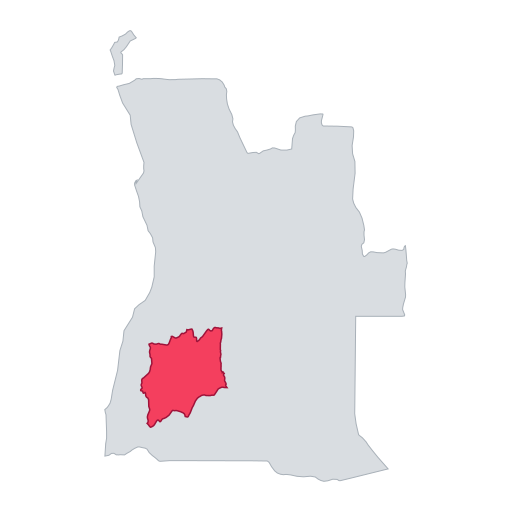 location of Huíla within Angola
{"feature_id": "AGO-1891", "entity_name": "Huíla", "entity_type": "Province", "adm_level": 1, "iso_a3": "AGO", "parent_name": "Angola", "parent_adm1": "", "projection": "equal_earth", "projection_center": [15.141, -14.853], "detail": "fine", "context": "in_parent", "style": "filled", "palette": "rose", "viewbox_px": 512, "rotation_deg": 0, "n_neighbors": 0, "source": "natural_earth", "source_scale": "10m", "svg_char_len": 7343}
<svg xmlns="http://www.w3.org/2000/svg" viewBox="0 0 512 512"><path d="M405.4,245.7L405.9,250.0L406.4,256.1L406.7,260.4L407.1,262.4L407.2,263.4L406.8,264.5L406.4,267.1L405.7,269.4L405.3,271.1L405.5,274.0L404.9,282.7L404.8,287.0L405.6,294.7L405.5,297.1L403.4,304.2L402.7,307.7L402.6,309.6L404.7,314.8L404.5,315.9L402.9,316.2L401.6,316.3L355.7,316.3L354.8,406.1L354.7,413.7L356.1,423.8L358.6,434.7L359.7,435.7L362.4,437.8L366.1,441.9L368.1,445.0L372.3,450.4L377.9,457.3L388.1,468.9L353.4,477.5L340.2,480.7L339.0,480.6L337.1,479.4L332.8,479.2L327.8,480.8L323.9,481.3L320.9,480.5L318.1,479.1L315.3,477.0L310.5,476.2L303.6,476.8L297.0,476.3L290.6,474.9L286.1,474.4L283.3,474.7L280.4,474.2L277.3,473.0L274.7,470.9L271.5,466.6L269.1,462.4L268.4,461.8L267.7,461.2L266.9,461.0L253.2,460.8L170.0,460.6L160.3,461.3L159.6,461.2L158.4,460.7L157.5,459.7L154.8,457.4L152.4,455.6L149.2,452.6L147.1,449.2L145.3,448.2L142.2,447.6L139.8,447.0L137.9,446.9L134.6,448.4L132.0,450.0L130.2,451.5L127.1,453.2L124.5,454.9L119.9,454.7L118.9,454.9L116.3,454.8L113.9,453.3L111.5,453.4L108.8,455.3L104.9,456.1L105.7,443.7L106.6,438.2L106.6,431.7L106.0,414.7L105.3,412.4L104.8,409.6L107.2,407.5L108.4,405.9L110.1,403.1L111.2,399.2L112.6,390.4L117.6,370.3L119.9,350.6L122.9,341.2L124.0,330.7L132.5,317.2L134.6,308.8L139.0,304.7L145.2,300.4L149.7,292.6L151.8,287.2L154.2,276.9L154.2,266.1L155.7,251.8L155.4,247.6L153.0,241.9L152.6,237.8L150.4,233.7L148.1,230.7L147.0,225.3L142.9,216.7L141.8,211.0L139.9,206.8L139.6,201.8L138.5,196.4L136.6,191.1L134.6,185.0L134.6,183.1L135.8,180.8L137.0,180.1L136.6,181.2L135.8,182.6L136.0,183.7L143.5,173.0L144.0,170.9L143.7,168.6L143.7,165.7L144.0,162.4L136.8,142.8L131.1,124.4L130.2,115.2L122.6,103.0L119.7,95.1L118.0,89.5L116.7,87.4L117.2,86.4L119.1,86.1L123.4,84.8L129.3,83.4L134.7,80.2L136.2,78.8L139.1,78.5L142.0,79.3L143.1,78.7L143.7,78.7L150.6,78.7L153.5,78.4L158.8,78.5L162.1,78.8L164.1,79.1L169.2,79.7L175.6,79.6L177.9,79.3L186.4,79.1L202.2,78.7L210.5,78.8L216.8,78.8L219.7,79.9L222.3,82.1L223.5,84.1L224.1,85.0L224.8,87.1L226.3,88.8L226.8,91.4L226.4,94.9L226.6,99.1L227.4,104.0L229.1,109.1L231.8,114.5L232.9,118.8L232.5,121.9L233.4,125.3L235.3,128.8L236.7,130.7L237.6,132.1L239.8,137.5L247.0,152.6L248.0,153.4L249.6,153.1L253.0,152.5L256.3,152.3L258.7,153.7L259.6,153.4L263.2,150.9L266.8,150.1L270.5,149.0L272.4,147.9L274.7,148.0L280.7,150.0L281.9,150.1L286.8,150.1L291.7,149.0L292.4,140.3L292.5,138.6L293.7,135.3L295.2,132.5L295.4,129.8L295.3,126.0L296.4,121.5L299.7,117.9L305.1,116.2L308.1,115.9L312.9,114.9L320.1,113.9L322.8,114.0L323.0,114.5L321.4,120.8L321.4,122.8L322.0,124.9L323.2,126.0L337.6,126.2L351.5,126.9L352.3,127.2L352.9,127.7L353.7,130.8L353.5,136.8L352.1,145.6L352.6,153.8L354.9,161.5L355.1,173.2L353.1,189.0L352.6,199.0L353.7,203.2L355.9,207.6L359.4,212.1L362.0,218.1L363.8,225.3L364.5,229.9L364.0,231.8L364.0,235.1L364.5,239.7L363.8,242.8L361.9,244.3L361.3,246.4L362.2,250.4L362.4,254.0L363.7,256.4L364.6,256.5L366.5,255.2L368.8,252.8L370.7,251.8L373.3,251.9L376.9,252.6L383.4,252.9L385.4,252.4L391.4,249.2L393.0,248.9L395.3,249.2L398.7,250.2L402.1,250.4L403.8,249.4L403.9,248.1L404.5,246.3L405.4,245.7ZM136.2,37.6L135.9,38.2L133.1,39.6L130.2,41.0L126.4,46.7L124.4,49.1L123.9,49.7L122.1,51.1L120.8,52.2L120.9,52.9L121.7,53.6L122.6,54.8L122.5,64.0L122.2,73.1L121.7,73.9L119.2,74.2L116.0,74.8L115.0,75.2L114.6,74.3L113.5,71.0L114.1,67.9L114.8,65.5L114.0,60.7L112.4,56.4L110.6,51.0L110.1,50.0L111.5,48.2L113.7,44.4L114.7,42.4L117.2,42.0L118.2,40.6L118.9,38.4L119.1,37.1L122.0,36.0L125.5,34.1L127.5,32.1L129.4,30.8L130.7,30.7L131.5,31.3L133.7,34.8L135.6,37.1L136.2,37.6Z" fill="#d9dde1" stroke="#a8b0b8" stroke-width="1"/><path d="M221.7,328.0L221.4,329.9L221.4,330.5L221.6,331.2L221.8,334.1L221.8,334.4L221.5,338.1L221.5,338.3L221.2,339.1L221.0,339.8L221.0,340.1L220.8,341.0L220.8,341.6L220.7,341.9L220.7,342.1L220.5,342.6L220.3,343.0L220.3,343.3L220.3,343.5L220.4,344.0L220.3,349.6L220.6,350.4L220.6,350.6L220.6,351.0L220.4,351.6L220.4,351.9L220.5,352.3L220.8,353.7L220.9,354.1L220.9,354.5L220.7,355.3L220.5,357.2L220.5,357.3L220.4,357.4L220.4,357.5L220.2,357.5L220.0,357.9L220.0,358.1L220.4,361.1L220.5,361.6L220.9,362.6L221.1,363.4L221.1,363.9L221.1,364.2L221.0,364.4L221.0,364.7L221.0,365.1L221.1,365.8L221.1,366.4L221.0,366.7L221.0,367.2L221.0,370.0L221.1,370.3L221.3,370.7L221.7,371.4L222.3,371.8L223.0,372.0L222.8,372.5L222.6,372.7L223.4,372.8L223.6,372.9L223.9,373.1L224.1,373.3L224.2,373.5L223.9,373.6L223.6,374.4L223.6,374.6L223.5,374.9L223.5,375.2L224.5,376.8L224.7,377.4L224.8,378.2L224.6,380.1L224.6,380.8L224.8,381.3L225.4,382.2L225.5,382.5L225.7,382.9L225.9,383.2L226.0,383.8L226.1,384.0L226.1,384.3L225.7,384.7L225.6,384.9L225.7,385.4L225.9,386.0L227.0,387.6L224.1,387.5L223.0,387.2L222.2,387.2L221.3,387.4L219.1,388.4L217.9,389.3L217.3,390.4L214.4,394.8L213.8,395.2L212.0,395.2L211.2,395.3L210.2,395.6L206.0,395.5L205.4,395.3L204.6,395.0L204.3,394.9L202.3,395.2L201.6,395.4L199.9,396.5L199.2,396.8L197.4,398.2L195.4,401.0L193.4,405.6L192.3,407.5L190.2,412.9L189.0,414.9L188.3,416.4L187.8,416.9L187.3,417.0L185.2,416.5L184.9,415.1L184.6,414.4L184.3,413.8L183.2,412.9L180.5,411.7L177.2,410.7L176.0,410.5L175.4,410.6L174.3,410.7L173.7,410.5L172.6,410.4L172.2,410.8L171.9,411.1L169.0,415.2L168.5,415.6L166.0,417.5L163.8,418.5L162.6,418.8L162.3,419.1L161.8,419.6L161.0,421.0L160.5,421.5L160.1,421.7L159.7,421.6L159.4,421.3L159.0,420.7L158.5,420.2L157.9,420.0L157.2,420.3L156.5,421.2L154.6,424.4L154.1,425.1L153.4,425.8L152.5,426.4L151.0,427.1L150.4,427.2L149.2,425.9L148.7,425.1L147.1,423.3L147.6,422.9L147.8,422.6L148.2,421.2L148.1,420.2L147.5,418.2L147.4,417.5L147.4,416.7L147.6,415.8L147.8,414.9L149.5,410.9L149.7,410.1L149.7,409.2L148.8,406.4L148.6,399.7L147.8,398.0L147.0,397.5L146.4,397.0L146.0,396.3L145.7,395.6L145.6,393.6L145.4,392.9L145.0,392.4L144.5,392.7L143.9,393.2L143.4,393.2L143.0,392.7L142.9,392.0L142.6,391.2L142.1,391.0L141.0,390.8L140.7,390.4L140.7,389.8L141.0,389.2L141.9,388.5L142.1,388.1L142.1,387.5L141.2,385.4L141.2,384.7L141.3,384.3L141.9,383.0L141.9,382.5L141.7,380.1L142.0,379.2L142.5,378.5L143.0,378.2L143.5,378.0L144.0,377.5L148.5,373.4L149.2,372.4L149.6,371.6L150.1,370.0L150.3,369.3L150.3,368.5L150.6,366.7L151.9,363.7L151.5,358.4L151.0,357.8L150.6,357.5L150.1,356.6L150.0,356.0L150.1,354.9L149.5,352.0L149.8,350.1L150.2,349.2L150.3,348.8L150.4,347.9L150.3,347.1L149.9,346.4L149.5,345.9L149.3,345.3L149.0,344.2L151.6,343.1L152.2,343.1L153.0,343.4L153.5,343.8L154.2,344.0L155.0,344.1L156.2,344.2L158.0,343.6L158.6,343.5L159.0,343.5L160.2,344.1L160.8,344.3L161.7,344.2L167.0,345.1L168.3,344.5L169.1,343.1L170.8,338.6L171.2,338.0L171.3,337.4L171.3,336.5L172.1,336.3L172.4,336.4L173.3,336.9L175.3,338.0L176.3,338.0L178.7,336.9L179.3,336.5L179.9,335.8L180.8,334.4L182.0,333.3L183.1,333.5L183.7,333.6L186.3,332.0L186.9,329.6L188.0,329.9L191.2,329.1L191.9,329.1L192.6,330.4L192.9,331.3L193.1,332.1L193.5,336.1L193.8,336.8L194.2,337.2L195.4,337.2L195.9,337.3L196.3,337.5L196.5,338.2L196.6,338.9L196.6,340.5L196.7,341.2L196.9,341.4L197.3,341.5L199.2,340.0L199.7,339.4L200.5,338.1L202.5,336.6L206.7,330.7L207.8,329.5L208.2,329.3L208.7,329.3L209.0,329.6L210.0,330.6L210.6,330.9L211.1,330.9L212.1,330.7L212.4,330.3L213.5,328.4L214.1,327.9L214.7,327.5L215.5,327.5L216.2,327.8L218.4,327.9L219.3,328.2L220.0,328.4L221.7,328.0Z" fill="#f43f5e" stroke="#9f1239" stroke-width="1.5"/></svg>